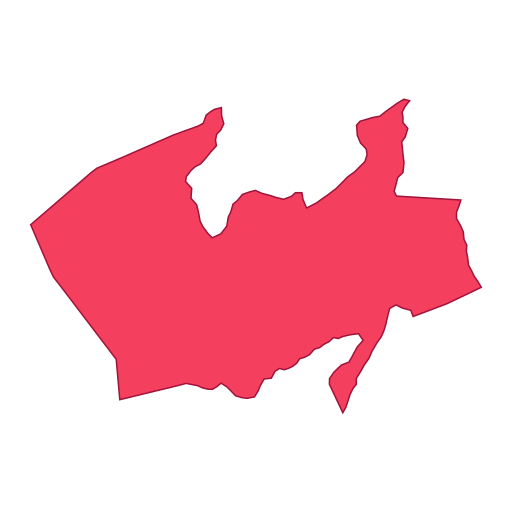 outline of Três Rios, Rio de Janeiro, Brazil
{"feature_id": "56859067B77014289241824", "entity_name": "Três Rios", "entity_type": "district", "adm_level": 2, "iso_a3": "BRA", "parent_name": "Brazil", "parent_adm1": "Rio de Janeiro", "projection": "natural_earth1", "projection_center": [-43.076, -22.12], "detail": "fine", "context": "isolated", "style": "filled", "palette": "rose", "viewbox_px": 512, "rotation_deg": 0, "n_neighbors": 0, "source": "geoboundaries", "source_scale": "gbopen_adm2", "svg_char_len": 2284}
<svg xmlns="http://www.w3.org/2000/svg" viewBox="0 0 512 512"><path d="M221.4,107.6L214.5,109.3L210.4,111.8L206.2,115.1L203.3,123.2L198.3,126.0L173.4,135.0L123.0,157.1L96.9,168.2L91.0,172.7L30.7,224.7L50.1,270.0L53.6,277.2L59.5,284.8L63.5,290.0L116.2,359.3L119.8,399.7L155.4,391.0L169.4,387.7L179.4,385.2L186.1,383.4L192.2,384.6L197.7,385.7L202.0,387.7L207.4,389.1L212.5,389.3L216.9,386.6L221.1,383.2L226.9,386.9L231.4,391.4L235.6,395.8L242.1,397.7L247.1,398.3L254.5,396.9L258.1,391.0L260.3,385.7L264.1,379.0L271.3,378.2L275.0,371.3L279.5,368.5L284.4,369.7L288.6,368.3L292.7,366.3L296.6,363.3L299.7,358.7L304.3,357.4L309.6,354.6L314.5,349.1L319.7,347.6L323.6,344.5L329.0,341.7L333.4,337.6L338.3,338.5L342.8,336.5L350.1,334.8L358.6,333.7L363.1,340.4L357.4,346.8L354.1,352.7L351.9,356.9L348.9,362.1L341.6,364.9L338.0,368.2L333.9,372.2L329.5,378.6L329.4,384.3L342.8,412.7L345.8,407.5L348.0,400.8L350.2,394.1L353.2,388.2L356.3,384.4L356.3,378.5L360.3,372.1L364.2,365.1L369.0,358.2L372.0,351.3L376.8,343.1L381.3,336.7L383.8,331.0L385.7,324.8L386.9,319.5L388.1,314.3L389.7,308.4L396.0,304.9L402.4,308.1L410.8,310.3L413.1,316.5L447.0,303.7L481.3,287.3L477.6,281.1L474.3,276.4L471.6,270.8L468.5,265.1L467.5,256.6L466.3,250.9L466.8,245.3L464.0,239.4L463.3,231.9L460.5,225.5L456.5,218.6L456.5,212.2L458.9,206.1L460.9,200.0L396.5,196.1L394.1,191.3L396.0,184.6L397.7,177.6L403.0,172.4L404.0,162.5L402.9,153.8L402.4,147.7L401.7,141.9L405.3,136.8L407.8,128.4L402.9,122.6L403.0,117.4L402.1,112.3L405.0,106.6L409.6,100.7L403.8,99.3L397.0,103.4L385.3,111.8L379.9,116.2L373.1,117.4L360.1,121.2L356.6,125.1L357.3,135.4L360.5,143.0L366.2,149.0L367.1,154.6L364.9,161.6L354.7,171.8L348.0,176.6L341.1,183.6L336.2,188.5L332.5,191.3L327.8,194.9L321.3,199.4L316.7,202.8L306.6,208.0L303.0,199.6L301.9,192.7L295.4,192.7L291.5,196.3L283.6,199.3L275.1,197.2L270.9,195.7L261.7,193.3L255.4,190.4L249.3,192.0L242.4,194.4L237.7,200.2L233.0,204.2L230.7,212.2L228.3,216.9L226.7,226.3L220.7,233.9L212.2,237.8L208.0,233.6L202.8,226.6L200.1,221.1L198.4,211.9L196.6,204.7L191.0,198.3L191.7,188.3L185.6,181.5L186.3,176.6L191.0,170.5L195.0,166.8L200.7,163.8L205.9,158.0L210.8,151.9L216.4,145.8L215.5,140.2L216.6,134.3L220.6,130.2L223.8,123.8L221.6,115.7L221.4,107.6Z" fill="#f43f5e" stroke="#9f1239" stroke-width="1.5"/></svg>